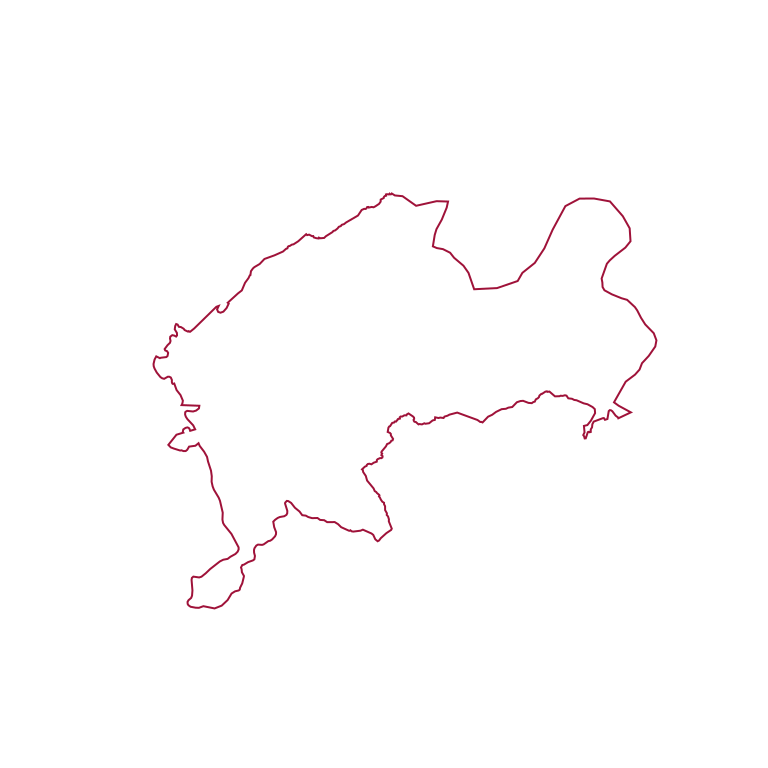 the district of Kpandai, Northern, Ghana, rotated 321°
{"feature_id": "2480657B93484130612637", "entity_name": "Kpandai", "entity_type": "district", "adm_level": 2, "iso_a3": "GHA", "parent_name": "Ghana", "parent_adm1": "Northern", "projection": "albers", "projection_center": [-0.12, 8.387], "detail": "fine", "context": "isolated", "style": "outline", "palette": "rose", "viewbox_px": 768, "rotation_deg": 321, "n_neighbors": 0, "source": "geoboundaries", "source_scale": "gbopen_adm2", "svg_char_len": 6158}
<svg xmlns="http://www.w3.org/2000/svg" viewBox="0 0 768 768"><g transform="rotate(321 384 384)"><path d="M224.4,219.2L221.1,220.6L217.5,223.4L216.2,225.3L215.4,227.6L214.6,232.1L214.6,237.9L215.2,239.9L216.4,241.6L220.6,242.3L221.7,243.2L222.4,244.8L221.7,247.4L220.4,248.9L219.8,250.3L220.0,251.1L221.3,251.6L219.0,258.2L218.9,264.5L217.2,270.4L215.1,272.2L213.4,273.0L226.8,284.7L224.8,286.5L221.2,286.4L218.3,285.2L214.1,281.0L212.2,280.7L211.5,281.1L210.2,282.6L209.4,284.7L209.1,287.5L209.7,296.1L208.7,300.4L203.9,298.4L204.6,296.5L204.6,295.2L203.9,294.0L202.1,293.2L199.4,293.0L197.4,294.7L197.4,295.5L190.8,292.8L178.1,295.6L178.4,299.1L180.1,302.0L183.7,307.4L184.9,308.1L185.9,309.9L187.7,311.3L189.7,311.3L193.1,310.0L198.6,313.3L202.6,313.3L201.8,316.1L201.6,323.4L200.6,329.3L198.5,333.4L195.0,342.5L192.1,347.3L188.5,351.5L186.4,355.7L185.3,359.1L184.0,368.3L183.0,371.6L177.7,382.5L173.1,387.7L171.5,390.7L171.1,393.0L171.1,404.5L168.2,419.4L167.0,421.0L164.8,422.2L161.6,422.6L155.9,421.6L152.4,421.5L148.5,419.4L144.8,418.6L132.5,418.4L126.5,418.9L120.9,418.9L118.6,418.0L114.6,413.7L112.7,413.8L111.2,415.1L105.2,423.9L101.6,427.7L99.5,428.9L96.0,429.0L94.2,429.7L93.0,431.4L92.8,432.9L93.5,435.4L97.0,439.5L99.4,441.5L103.8,443.0L111.1,451.8L118.4,454.1L126.5,453.5L133.7,450.9L137.8,451.4L141.1,453.0L142.5,453.0L143.9,451.8L148.4,449.7L153.9,445.5L154.4,444.9L155.1,440.9L156.8,438.3L157.4,436.6L160.0,435.5L161.3,436.2L166.3,436.9L171.1,438.6L172.9,438.7L175.5,436.4L176.9,433.3L178.5,431.2L180.0,430.1L183.1,429.2L185.0,429.5L188.0,432.3L189.5,432.9L195.2,433.3L197.0,434.2L199.3,434.4L203.5,433.8L205.5,432.8L206.9,431.2L208.6,426.1L211.3,421.3L213.9,421.0L217.1,421.2L219.3,421.8L223.3,424.0L225.8,424.3L227.4,423.6L229.0,421.8L231.9,414.6L232.6,414.0L234.9,413.7L235.9,414.7L237.0,418.0L236.9,424.1L238.1,429.9L237.9,434.5L240.4,437.1L241.4,439.7L243.7,443.0L248.0,446.3L248.8,449.4L251.8,452.2L252.9,455.6L258.8,460.3L260.1,464.0L260.6,468.3L264.4,475.9L265.0,476.5L265.8,476.5L266.2,478.2L267.3,479.4L273.4,483.2L275.9,483.9L280.2,492.3L280.7,494.5L279.5,499.2L280.1,502.2L281.7,502.5L284.4,501.8L292.0,501.4L297.7,501.9L299.0,501.3L301.3,493.8L302.7,492.2L303.8,489.4L303.7,487.5L304.9,486.3L305.5,482.7L307.9,479.7L308.4,477.4L309.3,476.3L308.6,474.5L308.8,471.8L309.4,469.5L309.3,468.2L310.4,467.7L310.5,467.2L309.9,464.3L310.0,463.1L309.4,461.4L310.2,458.6L310.1,448.4L312.0,444.0L312.4,439.4L313.4,437.5L313.2,436.5L317.1,436.2L318.9,436.7L319.7,436.1L321.1,436.0L322.5,436.8L323.7,438.5L326.5,438.7L329.5,439.8L330.6,438.6L331.7,438.4L334.3,439.1L335.3,440.0L336.5,440.1L337.5,439.2L337.2,437.6L338.8,436.9L338.7,435.7L339.6,435.0L346.2,433.7L348.7,432.6L350.3,433.2L352.3,433.3L354.0,432.7L355.2,433.2L356.5,432.4L357.0,428.2L357.9,427.1L357.8,425.7L356.7,423.6L360.0,420.7L361.3,420.3L362.2,420.6L365.9,419.4L367.6,420.3L368.7,419.9L369.7,420.8L370.9,420.4L371.5,420.6L372.6,420.0L374.6,420.9L375.2,419.8L376.4,419.7L377.8,420.8L380.0,421.1L381.7,422.5L382.5,422.0L384.5,422.3L386.1,427.5L386.2,429.0L385.5,430.1L384.5,430.4L384.0,431.3L383.9,432.5L384.8,433.5L385.4,437.1L386.3,437.4L388.1,439.3L390.6,439.9L391.1,440.9L394.4,442.9L398.8,442.9L400.9,443.9L402.8,442.1L404.9,444.7L406.6,445.5L408.9,447.9L410.5,447.4L413.4,448.6L415.6,449.0L422.9,452.3L434.0,470.8L434.9,474.1L435.7,474.6L436.4,475.9L444.3,474.9L448.7,476.0L453.5,476.2L459.6,477.6L463.2,480.0L465.7,480.6L469.2,482.6L475.8,481.8L479.3,483.1L481.5,484.6L484.4,489.6L486.8,491.9L488.7,492.0L490.1,492.6L492.3,491.5L494.7,491.9L496.2,491.7L497.5,490.8L500.1,490.7L500.5,491.1L504.6,491.5L506.0,492.2L506.0,492.9L507.8,494.0L509.1,501.2L512.8,504.0L513.8,504.2L515.4,505.7L517.5,506.6L518.5,507.9L518.2,511.1L520.8,513.8L521.8,516.1L523.4,517.8L527.0,524.7L529.4,527.8L531.6,533.2L532.0,536.2L529.7,539.5L521.7,542.7L516.2,543.9L513.0,542.4L509.4,547.8L506.7,549.1L506.6,550.6L505.7,552.6L506.6,553.2L512.1,549.7L513.2,550.1L513.4,550.9L514.5,551.4L516.1,549.4L518.4,548.6L520.6,546.4L523.3,545.2L532.6,548.3L533.4,548.8L533.2,550.9L535.6,551.8L541.6,546.5L543.0,546.4L543.8,547.2L544.3,548.8L544.1,554.4L544.8,557.2L544.5,558.1L558.0,561.4L552.7,548.6L551.2,543.0L573.3,534.3L585.0,534.7L591.7,533.6L597.6,530.2L607.4,528.8L618.4,525.6L623.2,521.5L625.6,514.3L624.5,502.1L625.4,494.3L627.1,486.1L627.4,482.1L625.9,471.6L622.6,466.9L617.5,457.7L614.3,449.9L614.9,446.2L617.6,442.5L619.5,439.0L632.9,430.8L637.3,430.0L643.9,429.6L657.4,429.9L665.4,428.2L672.9,417.6L675.2,403.9L674.5,384.3L664.0,372.1L652.7,363.0L636.9,359.9L612.2,370.2L594.0,379.5L577.4,384.8L561.5,384.7L552.7,388.1L532.2,380.6L513.7,367.1L519.6,350.8L520.2,342.1L517.9,330.0L518.0,323.6L514.7,316.3L510.6,311.6L508.6,307.8L517.2,300.1L522.2,296.7L532.4,292.6L543.7,286.4L548.6,282.5L539.9,275.0L521.1,265.7L516.6,249.7L511.1,244.3L509.9,240.8L508.8,241.0L507.9,240.3L508.0,239.6L507.0,239.7L505.7,238.3L504.8,237.9L504.1,239.0L502.8,238.4L501.6,238.6L500.8,239.3L497.5,238.6L496.1,240.2L493.5,240.9L489.1,240.5L487.1,240.1L485.9,238.7L483.2,237.3L483.3,236.6L482.3,235.9L480.8,236.5L479.9,236.4L478.8,235.4L476.2,234.7L469.8,236.7L456.2,234.6L453.6,234.6L451.3,233.7L449.8,234.1L447.8,233.4L445.8,233.9L442.7,233.9L441.0,233.2L439.5,233.5L431.9,232.6L429.4,232.8L426.4,230.8L425.5,229.3L424.8,229.8L423.1,228.0L421.7,225.9L422.1,224.5L421.1,223.8L419.8,220.8L417.9,219.9L417.8,218.6L407.1,219.1L401.6,218.5L400.1,217.7L397.5,217.4L396.5,216.8L395.6,216.9L394.3,217.8L392.9,217.3L388.9,217.5L379.9,215.1L369.8,211.6L362.9,212.5L356.8,211.6L354.9,211.7L351.6,212.6L348.7,215.3L348.1,215.1L345.4,216.4L339.7,217.9L332.4,221.8L327.6,221.7L313.7,222.5L313.9,223.8L309.5,225.9L304.7,226.7L301.8,225.7L300.5,223.6L301.2,221.0L304.7,219.3L302.3,218.5L271.4,221.4L266.2,221.4L265.4,220.6L265.5,220.0L264.5,219.7L263.0,216.6L263.1,215.0L262.0,211.9L260.6,210.5L261.0,207.9L260.2,206.6L258.3,207.5L255.8,209.8L255.2,214.0L253.7,216.0L252.3,216.3L251.5,214.4L250.2,212.8L247.7,212.7L246.3,214.0L245.2,216.2L243.6,217.3L240.2,217.6L235.5,218.8L235.1,220.2L236.1,222.1L235.8,224.0L233.4,226.0L231.8,226.1L227.0,223.1L226.1,222.9L224.4,219.2Z" fill="none" stroke="#9f1239" stroke-width="2"/></g></svg>